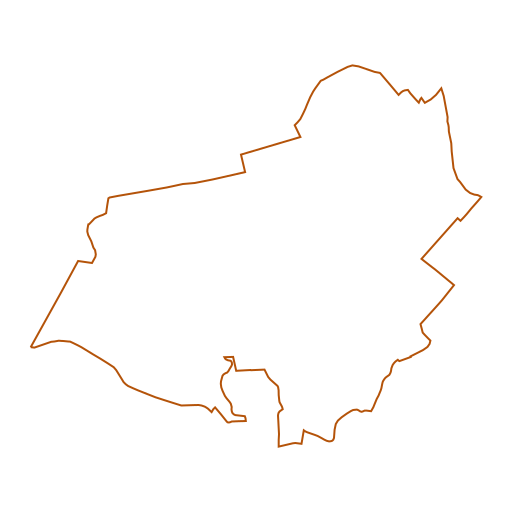 Buduslau, Bihor, Romania (Mercator projection)
{"feature_id": "2599482B69448012965496", "entity_name": "Buduslau", "entity_type": "district", "adm_level": 2, "iso_a3": "ROU", "parent_name": "Romania", "parent_adm1": "Bihor", "projection": "mercator", "projection_center": [22.247, 47.394], "detail": "fine", "context": "isolated", "style": "outline", "palette": "amber", "viewbox_px": 512, "rotation_deg": 0, "n_neighbors": 0, "source": "geoboundaries", "source_scale": "gbopen_adm2", "svg_char_len": 3626}
<svg xmlns="http://www.w3.org/2000/svg" viewBox="0 0 512 512"><path d="M428.9,344.9L429.6,343.9L429.9,342.6L430.4,340.6L427.5,337.7L424.6,334.7L422.7,332.6L421.7,328.6L421.0,326.0L420.5,324.1L438.4,304.3L442.0,300.2L454.0,285.1L434.9,269.3L432.1,267.2L427.1,263.3L424.4,261.2L421.5,258.9L452.1,224.4L457.6,218.2L460.5,220.8L464.1,217.0L466.7,214.1L471.2,208.6L478.2,200.7L481.3,197.0L479.4,195.9L477.7,195.1L474.3,194.6L470.1,193.0L465.7,189.6L460.1,182.0L457.5,179.1L453.5,168.1L451.7,151.5L451.5,147.6L451.3,143.8L451.2,142.9L448.9,131.7L448.8,129.9L448.7,127.1L448.5,125.9L448.4,125.1L447.4,121.5L447.6,117.1L446.4,110.6L443.7,96.0L441.3,88.3L436.0,94.9L430.7,99.5L424.8,102.8L421.4,97.9L420.3,99.3L418.8,102.7L415.7,99.4L410.3,93.3L407.9,89.9L404.7,90.4L402.9,91.1L401.2,92.3L398.6,94.9L392.4,87.5L380.6,73.6L379.9,72.9L374.6,71.9L358.6,66.4L352.4,65.4L347.6,66.9L337.5,71.9L327.5,77.3L323.3,79.7L320.9,80.7L320.5,81.1L315.3,88.3L313.2,91.5L310.2,97.2L306.9,104.9L305.4,108.7L303.0,113.8L300.3,119.1L297.4,122.5L294.7,125.2L300.4,137.0L241.0,154.6L245.1,172.1L215.2,178.9L212.0,179.6L194.7,183.0L185.4,183.8L182.9,184.0L172.8,186.2L166.6,187.5L147.9,190.8L118.5,195.8L109.6,197.5L108.4,198.3L107.2,205.5L106.1,213.2L102.8,214.9L100.5,215.7L99.9,215.9L96.4,217.4L94.4,218.6L93.7,219.4L89.0,224.3L88.4,224.3L88.1,225.3L87.9,226.6L87.4,229.5L87.3,231.6L88.2,235.1L91.3,241.3L93.4,247.6L95.1,250.2L95.8,254.4L95.4,256.8L92.0,263.0L78.1,261.0L61.2,292.2L30.7,347.2L30.8,347.1L31.7,347.3L32.9,347.4L34.4,347.6L51.2,341.8L54.4,341.5L57.2,341.0L58.8,340.7L61.0,340.9L63.2,341.0L68.3,341.5L70.1,341.6L70.3,341.7L73.3,343.1L77.8,345.3L81.4,347.2L92.8,354.2L100.4,358.7L107.9,363.4L113.7,367.2L116.2,370.1L121.6,378.8L123.6,382.1L125.7,384.2L128.1,386.0L129.7,386.7L133.2,388.3L138.1,390.4L146.9,393.9L155.8,397.4L156.5,397.6L164.2,400.1L172.7,402.8L181.3,405.5L193.8,405.1L198.6,405.0L201.5,405.5L204.7,406.6L206.4,407.6L208.0,408.7L211.6,412.1L213.3,409.2L215.1,407.4L220.7,414.0L226.6,421.4L227.5,422.3L228.9,422.5L230.2,422.2L231.8,421.5L238.8,421.2L243.3,421.1L245.8,421.0L245.5,418.2L244.8,416.2L238.0,415.4L235.3,415.1L233.7,414.3L232.3,412.8L231.8,411.3L231.5,409.4L231.7,407.0L230.8,403.7L229.6,401.9L226.5,398.2L224.9,395.9L222.5,390.7L221.3,387.4L220.8,383.8L221.0,381.3L221.9,378.0L222.5,375.8L223.6,374.4L225.5,373.2L227.1,372.6L228.4,371.1L229.8,368.6L231.2,366.4L232.0,364.6L231.9,362.8L231.3,361.4L230.4,360.7L229.7,360.6L228.0,360.3L226.2,359.5L225.5,359.0L225.0,358.3L224.4,357.2L233.1,356.9L236.2,370.8L250.6,370.0L250.9,370.2L264.5,369.6L268.2,377.0L270.4,379.6L277.5,385.9L278.1,387.1L278.6,390.3L278.7,395.1L279.3,400.9L279.6,402.3L281.8,406.3L282.2,407.3L282.7,409.2L279.6,411.4L278.6,412.8L278.2,414.2L278.0,415.7L278.3,420.8L279.0,434.2L278.7,439.9L278.7,446.6L292.8,443.3L295.3,443.0L301.5,443.8L303.8,430.3L305.3,431.4L307.3,432.3L314.8,434.9L317.7,436.0L321.6,438.1L324.2,439.6L326.7,440.8L329.1,441.4L330.9,441.2L332.3,440.7L333.3,439.7L334.0,437.9L334.6,429.7L335.8,424.0L337.9,420.6L341.6,417.3L346.8,413.6L351.0,411.0L353.1,410.0L354.9,409.8L356.9,409.6L358.4,410.2L360.2,411.4L361.7,411.8L363.1,411.3L364.6,410.6L366.5,410.6L370.4,411.1L371.1,411.2L373.4,407.1L374.1,405.3L376.7,399.0L378.6,395.5L379.0,394.5L379.4,393.5L380.7,390.4L381.4,388.2L382.1,384.5L382.5,382.7L382.9,381.4L384.2,379.3L385.4,377.8L386.5,376.9L388.2,375.7L389.4,374.8L390.5,372.7L391.0,371.0L391.4,368.3L392.2,366.2L392.6,365.1L393.9,363.2L395.5,361.5L397.8,359.8L398.6,360.6L399.4,361.1L408.0,358.0L410.7,357.0L410.5,356.4L423.1,350.0L426.4,347.7L427.5,346.9L428.9,344.9Z" fill="none" stroke="#b45309" stroke-width="2"/></svg>